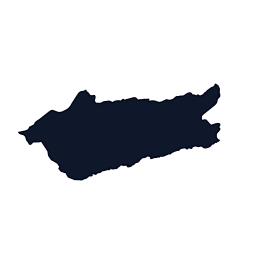 the Region of Atacama, rotated 243°
{"feature_id": "CHL-2696", "entity_name": "Atacama", "entity_type": "Region", "adm_level": 1, "iso_a3": "CHL", "parent_name": "Chile", "parent_adm1": "", "projection": "equal_earth", "projection_center": [-70.184, -27.52], "detail": "fine", "context": "isolated", "style": "filled", "palette": "ink", "viewbox_px": 256, "rotation_deg": 243, "n_neighbors": 0, "source": "natural_earth", "source_scale": "10m", "svg_char_len": 5751}
<svg xmlns="http://www.w3.org/2000/svg" viewBox="0 0 256 256"><g transform="rotate(243 128 128)"><path d="M173.5,28.9L171.7,35.4L171.6,37.1L171.6,37.9L171.8,38.7L173.0,40.6L173.4,41.5L172.9,42.2L173.2,43.1L173.2,44.3L173.2,45.6L173.8,46.7L174.5,47.5L174.9,48.5L175.2,49.7L175.6,53.4L177.9,64.9L178.2,67.1L177.8,68.7L173.5,72.7L172.6,74.3L172.1,75.8L171.9,77.6L171.9,81.2L172.1,83.4L172.7,85.3L173.5,87.1L174.7,88.8L181.0,99.6L181.4,100.8L181.5,102.1L181.4,102.9L180.8,104.6L180.6,105.4L180.6,105.9L180.6,107.1L180.6,107.4L180.3,107.4L179.4,107.3L179.0,107.4L177.5,108.2L176.8,108.4L175.1,108.5L174.3,108.8L173.6,109.4L173.0,110.2L172.6,111.2L172.4,112.1L172.0,112.7L171.2,112.8L169.9,112.1L168.8,111.1L167.6,110.2L166.1,110.1L164.9,110.4L164.4,110.8L163.9,111.5L162.5,114.2L162.2,115.3L162.2,116.1L162.2,117.8L162.1,118.5L160.5,123.0L160.1,123.6L159.5,124.2L158.4,124.9L157.8,125.4L157.6,125.9L157.5,126.5L157.5,127.1L157.6,127.7L157.5,128.8L157.2,130.0L156.3,132.1L156.0,132.6L155.3,133.4L155.1,133.9L155.0,134.6L155.2,135.2L155.5,135.8L155.6,136.4L155.4,136.7L154.5,137.3L154.2,137.6L154.0,138.1L153.7,139.8L152.3,146.5L151.8,147.7L150.9,148.5L148.9,149.1L148.4,149.4L148.0,149.9L147.7,150.5L147.6,150.9L147.7,151.2L147.7,151.5L147.1,152.2L145.9,155.7L145.1,157.1L144.4,158.9L144.1,159.3L143.6,159.2L142.9,158.6L142.2,158.2L141.8,158.7L141.4,161.0L141.1,161.8L139.7,164.0L137.9,165.7L136.3,167.5L135.7,170.2L135.6,174.9L135.5,175.3L135.3,175.5L135.0,175.6L134.7,175.8L134.0,177.0L133.4,178.3L133.0,179.7L132.9,181.3L133.1,182.2L133.6,184.1L133.7,185.1L133.6,185.9L132.6,187.9L132.5,188.3L132.6,188.7L132.5,189.1L132.3,189.4L131.9,190.0L131.6,190.7L131.4,191.5L131.2,192.4L131.2,193.3L131.4,194.2L131.6,196.4L131.5,197.6L131.3,198.5L130.7,199.5L130.0,199.9L128.3,200.2L127.8,200.5L127.6,200.7L127.6,201.1L127.4,201.6L127.0,202.0L126.2,202.7L125.6,203.2L125.5,203.3L125.3,203.4L125.2,203.6L125.2,203.9L125.6,204.5L125.7,204.8L125.5,205.2L125.2,205.5L124.8,205.8L124.5,205.9L123.8,206.4L123.5,207.3L123.3,209.4L123.4,210.2L123.6,210.8L123.9,211.4L124.2,212.0L124.5,214.3L124.7,214.7L124.9,215.2L125.1,215.7L125.8,219.9L125.8,221.2L125.7,222.5L125.7,223.5L126.0,224.4L126.9,225.2L127.1,225.8L126.5,226.2L125.3,226.9L125.0,227.1L124.7,227.1L121.9,227.1L121.1,226.8L120.3,226.4L119.3,225.7L118.5,225.3L115.8,224.6L114.8,224.0L114.3,223.2L113.7,221.5L113.3,220.8L113.0,220.3L110.8,218.6L110.2,217.6L109.8,216.7L109.3,215.1L106.6,202.0L105.8,199.3L105.4,198.6L104.8,198.2L102.6,197.3L101.9,197.2L101.4,197.3L100.9,197.6L100.7,198.0L100.6,198.4L100.5,199.0L100.4,199.7L100.1,200.3L99.6,200.9L98.6,201.3L94.5,202.3L93.3,202.8L92.6,203.3L92.4,203.7L92.3,204.2L91.8,207.9L91.5,208.8L91.1,210.1L90.6,210.8L90.1,211.2L89.3,211.2L88.7,210.7L88.4,210.2L88.3,209.9L88.2,209.6L88.1,209.2L87.9,209.0L87.7,208.9L87.3,208.9L86.3,209.3L85.8,209.3L85.2,209.0L84.7,208.2L84.3,207.5L83.7,205.5L83.4,204.9L83.0,204.3L82.5,203.8L81.9,203.4L80.6,202.7L79.7,202.4L78.8,202.3L76.8,202.7L75.7,203.5L75.4,202.7L75.4,200.5L75.4,200.3L75.3,200.1L75.4,199.8L75.5,199.6L75.8,199.1L75.8,198.9L75.8,198.3L75.6,198.0L75.3,197.7L75.2,197.3L75.2,196.9L75.5,196.2L75.6,195.7L75.2,193.8L75.2,193.6L75.3,193.2L75.2,192.9L74.7,193.2L74.5,191.5L74.8,189.3L75.6,187.3L76.6,186.5L77.1,186.4L78.4,185.6L78.8,185.3L79.1,184.5L79.5,182.7L79.9,182.0L81.2,180.6L81.7,179.8L82.2,177.3L82.1,176.8L81.9,176.5L81.6,176.1L81.3,175.8L81.2,175.3L81.5,174.8L82.1,174.4L82.7,173.9L83.0,173.0L82.7,171.4L82.8,171.0L83.0,170.8L83.4,170.8L83.7,170.8L83.9,170.8L84.7,169.7L85.4,167.9L85.9,165.9L85.9,164.4L85.7,163.6L85.6,163.3L85.4,163.1L85.2,163.0L85.5,162.5L85.9,161.8L86.0,161.0L86.3,159.3L86.4,156.2L86.3,155.2L85.9,154.0L86.1,153.6L86.4,153.2L86.6,152.8L86.7,152.1L87.0,147.5L87.2,146.5L87.5,145.5L87.7,145.2L87.9,145.0L88.2,144.8L88.4,144.3L88.2,143.3L88.1,142.7L88.3,142.5L88.6,142.4L88.8,142.0L88.8,141.6L88.8,141.1L89.0,140.2L89.7,138.5L90.0,137.6L90.1,136.7L90.2,135.6L90.3,135.1L90.5,134.7L90.8,134.6L90.9,135.0L91.1,135.3L92.5,134.8L93.2,134.8L93.3,134.3L93.6,133.8L93.9,133.5L94.2,133.3L94.5,133.1L94.5,132.6L94.3,131.5L94.3,129.6L95.0,127.8L95.2,127.4L95.0,126.3L94.7,125.1L94.3,123.9L93.4,122.0L93.4,121.0L93.6,119.9L93.8,118.7L93.6,117.9L93.3,117.1L93.0,116.3L93.4,115.0L93.2,114.5L92.9,113.8L92.8,113.5L92.8,112.9L92.9,112.6L93.2,111.3L93.3,110.9L93.5,110.5L93.9,110.2L94.3,110.2L94.5,110.6L94.6,111.2L94.8,111.3L95.1,111.2L95.4,111.1L95.8,110.7L95.9,110.3L95.8,110.0L95.8,109.5L96.0,109.2L96.2,108.9L96.4,108.6L96.5,108.2L96.6,107.5L96.9,107.6L97.1,107.7L97.6,107.5L97.6,107.2L97.5,106.8L97.4,106.5L97.7,106.1L98.4,105.5L98.6,105.2L98.5,104.4L97.9,102.3L98.0,101.9L98.0,101.7L97.4,100.4L97.4,99.8L97.4,99.4L98.6,95.9L98.9,95.5L99.1,95.2L99.9,94.7L100.4,94.2L99.9,93.3L99.7,93.0L99.6,92.6L99.7,92.1L99.9,91.7L100.5,91.2L100.6,90.7L100.6,90.2L101.0,87.9L101.6,86.1L101.7,85.1L101.3,83.6L101.3,82.7L101.6,81.8L101.8,81.5L101.9,81.1L102.0,80.7L102.0,80.1L101.9,79.7L101.6,78.6L101.5,78.3L101.8,77.9L102.6,77.9L102.9,76.6L103.8,76.0L103.4,74.8L102.1,74.3L102.3,73.1L102.9,72.6L103.2,71.2L103.0,70.5L102.7,69.8L102.6,68.6L102.4,67.9L102.6,67.4L102.7,66.7L102.9,65.1L102.8,63.9L102.9,63.6L103.0,63.2L103.4,62.9L103.5,62.7L103.6,62.0L103.9,61.8L106.4,57.2L111.5,52.7L114.1,52.5L115.8,52.9L120.0,48.9L123.1,48.2L124.4,49.9L128.8,49.3L132.7,46.9L134.6,45.5L139.4,44.9L143.7,46.3L155.8,45.0L155.9,43.9L156.1,43.1L156.3,42.4L157.7,39.5L158.5,38.0L158.6,37.8L158.7,37.3L158.7,36.8L158.6,36.3L158.5,36.0L158.5,35.9L158.2,35.3L158.0,34.9L157.9,34.4L157.9,33.9L158.1,33.3L158.3,33.1L158.5,33.0L160.9,32.9L162.4,32.5L163.3,32.4L164.0,32.5L165.7,32.9L166.8,33.0L168.0,32.8L168.9,32.4L169.7,31.9L171.4,30.0L172.2,29.3L172.7,29.0L173.5,28.9L173.5,28.9Z" fill="#0f172a" stroke="#020617" stroke-width="1.5"/></g></svg>